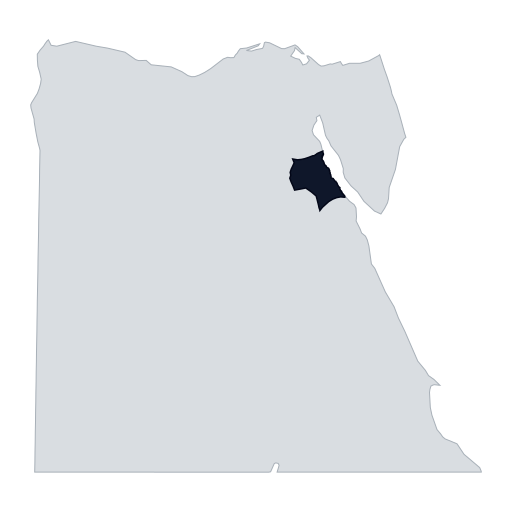 Ras Gharib, Al Bahr al Ahmar, Egypt (highlighted)
{"feature_id": "37247803B82534825994477", "entity_name": "Ras Gharib", "entity_type": "district", "adm_level": 2, "iso_a3": "EGY", "parent_name": "Egypt", "parent_adm1": "Al Bahr al Ahmar", "projection": "natural_earth1", "projection_center": [32.75, 28.506], "detail": "fine", "context": "in_parent", "style": "filled", "palette": "ink", "viewbox_px": 512, "rotation_deg": 0, "n_neighbors": 0, "source": "geoboundaries", "source_scale": "gbopen_adm2", "svg_char_len": 5646}
<svg xmlns="http://www.w3.org/2000/svg" viewBox="0 0 512 512"><path d="M481.3,472.1L469.0,472.1L456.6,472.1L444.3,472.1L432.0,472.1L419.7,472.1L407.4,472.1L395.0,472.1L382.7,472.1L370.4,472.1L358.1,472.1L345.7,472.1L333.4,472.1L321.1,472.1L308.8,472.1L296.5,472.1L284.1,472.1L277.1,472.1L278.3,468.2L279.1,465.3L278.2,463.4L275.8,462.9L274.3,463.5L270.6,471.8L268.7,472.2L264.3,472.2L249.9,472.2L235.6,472.2L221.2,472.2L206.9,472.2L192.5,472.2L178.2,472.2L163.9,472.2L149.5,472.1L135.2,472.1L120.8,472.1L106.5,472.1L92.1,472.1L77.8,472.1L63.4,472.1L49.1,472.1L34.7,472.1L34.9,462.1L35.0,452.0L35.2,442.0L35.3,432.0L35.5,421.9L35.6,411.9L35.8,401.8L35.9,391.8L36.1,381.7L36.2,371.7L36.4,361.7L36.5,351.6L36.7,341.6L36.9,331.5L37.0,321.5L37.2,311.4L37.3,301.4L37.5,291.3L37.7,281.3L37.9,271.2L38.0,261.1L38.2,251.1L38.4,241.0L38.6,231.0L38.7,220.9L38.9,210.9L39.1,200.8L39.3,190.8L39.5,180.7L39.6,170.7L39.8,160.6L40.0,150.5L39.7,148.7L37.8,141.8L36.1,133.2L34.3,122.5L34.1,119.0L31.0,108.0L30.7,104.9L31.6,102.7L37.4,93.4L39.1,88.9L40.6,83.5L41.2,79.2L39.7,72.4L37.9,66.4L37.4,60.2L37.3,54.2L40.2,50.0L43.6,46.1L45.0,43.8L47.0,41.1L48.4,39.8L51.1,45.3L56.8,46.2L75.6,41.4L96.2,46.2L107.5,48.1L125.0,52.2L135.6,59.6L138.5,60.6L146.2,60.4L151.2,64.8L171.2,66.9L181.9,71.7L187.9,75.6L191.6,76.7L194.8,76.6L199.2,75.1L204.7,72.4L210.7,68.6L223.2,59.0L227.6,57.3L230.4,57.7L233.9,57.6L235.4,55.0L237.2,53.2L238.4,51.1L240.3,48.7L246.7,48.0L259.7,43.8L258.2,45.8L246.4,50.5L251.5,51.1L256.6,49.5L262.5,48.4L263.6,46.4L264.4,42.7L265.5,42.1L269.6,42.8L281.6,48.6L284.6,48.7L293.2,45.6L295.0,44.9L297.7,46.7L304.0,53.9L301.8,53.7L295.1,47.6L294.5,50.6L290.7,56.1L295.4,58.4L299.3,59.3L301.4,62.3L302.8,65.0L306.6,63.8L309.4,60.2L307.9,58.1L307.0,56.0L308.2,55.9L310.9,57.7L318.6,64.6L321.1,66.1L324.1,65.8L330.3,63.9L332.1,64.2L340.4,61.6L341.4,63.5L342.8,65.4L349.5,63.3L360.1,63.3L368.7,61.0L378.8,55.5L379.6,54.7L380.1,56.1L381.3,59.8L384.4,69.4L387.1,76.9L390.4,87.2L391.4,91.2L391.9,93.9L396.7,105.3L399.5,114.7L401.6,122.3L404.6,133.4L405.9,137.3L403.8,139.3L399.7,146.6L395.4,169.5L389.2,187.5L388.5,198.7L387.5,202.8L384.6,208.4L380.9,214.0L374.5,211.1L363.9,201.3L357.7,192.0L351.1,186.0L344.9,178.0L343.2,172.3L343.3,168.6L340.5,159.7L338.5,155.4L331.0,145.9L328.8,140.8L327.1,138.5L325.5,135.3L322.7,122.9L319.7,115.1L316.3,117.3L316.9,120.6L313.9,125.1L312.1,130.5L313.5,134.8L319.7,141.4L320.9,144.3L322.4,150.5L322.2,159.0L323.2,161.9L327.8,168.2L329.4,172.0L330.4,175.2L332.0,178.2L336.6,183.7L343.2,194.1L349.5,201.2L354.1,204.6L356.0,208.0L356.5,216.8L356.1,221.0L360.1,229.0L361.6,233.0L365.5,236.2L367.3,240.0L368.9,246.0L371.4,264.0L374.8,268.4L385.3,291.9L394.1,306.8L398.4,318.0L404.9,331.5L417.8,361.2L425.4,370.4L428.5,375.6L434.0,379.5L439.9,385.3L434.3,384.7L432.8,385.1L430.9,386.1L429.9,389.5L429.5,392.4L430.3,407.4L431.9,415.1L437.0,429.6L440.7,434.0L442.6,436.8L445.1,438.9L457.0,443.8L464.0,454.3L479.7,467.6L481.2,471.2L481.3,472.1Z" fill="#d9dde1" stroke="#a8b0b8" stroke-width="1"/><path d="M292.7,159.0L294.2,162.8L292.7,166.1L291.5,168.6L291.3,168.9L290.4,171.7L290.2,172.5L290.8,175.2L289.8,178.2L291.1,181.8L293.2,186.4L294.6,190.1L301.2,188.9L305.8,188.0L311.5,192.0L316.2,196.0L316.7,198.0L316.8,198.3L318.5,205.1L319.0,207.6L319.4,208.8L319.8,209.9L319.8,210.0L319.9,210.5L322.4,207.3L328.7,201.6L332.6,199.2L336.7,197.6L340.6,196.9L345.5,197.3L345.1,197.2L344.8,197.1L344.6,196.8L344.6,196.6L344.7,196.3L344.7,196.1L344.5,195.7L344.1,195.2L343.8,195.0L343.5,194.5L343.2,194.1L343.0,193.9L342.8,193.8L342.6,193.6L342.4,193.2L342.2,192.9L341.7,192.4L341.8,192.1L341.6,191.9L341.6,191.6L341.5,191.3L341.4,191.1L341.1,190.9L340.8,190.8L340.5,190.5L340.4,190.4L340.3,190.2L340.3,189.8L340.0,189.4L339.9,189.0L339.8,188.6L339.8,188.1L339.9,187.9L339.9,187.6L339.6,187.4L339.4,187.2L339.1,187.0L338.9,186.9L338.7,186.7L338.4,186.3L338.3,186.0L338.1,185.8L338.0,185.5L337.8,185.2L337.7,185.0L337.5,184.6L337.4,184.2L337.2,183.7L337.0,183.3L336.8,182.9L336.6,182.5L336.4,182.3L336.2,182.2L335.9,181.9L335.9,181.7L335.8,181.4L335.5,181.4L335.3,181.4L335.1,181.3L334.9,181.1L334.6,180.5L334.4,180.2L334.2,180.0L333.8,179.5L333.5,179.1L333.3,178.7L333.0,178.5L332.8,178.5L332.4,178.4L332.0,178.3L331.8,178.2L331.4,178.0L331.1,177.9L330.9,177.6L330.9,177.4L330.9,177.0L331.0,176.7L331.0,176.4L330.9,176.0L330.8,175.8L330.8,175.5L330.7,175.3L330.7,175.0L330.7,174.7L330.5,174.4L330.4,174.2L330.3,173.9L330.1,173.7L330.0,173.3L330.1,173.1L330.2,172.9L330.0,172.4L329.9,172.1L329.8,171.8L329.6,171.4L329.6,171.2L329.7,170.6L329.5,170.4L329.3,170.2L329.3,169.9L329.2,169.6L329.0,169.0L328.8,168.7L328.6,168.3L328.3,168.1L327.8,167.8L327.0,167.6L326.8,167.5L326.7,167.3L326.5,167.2L326.4,166.7L326.2,166.2L326.0,165.9L325.7,165.6L325.5,165.4L325.1,165.3L324.9,165.1L324.7,164.9L324.5,164.7L324.4,164.3L324.3,164.0L324.2,163.6L324.1,163.3L324.0,162.9L323.9,162.4L323.6,161.8L323.5,161.4L323.0,160.7L322.9,160.6L322.7,160.4L322.2,159.9L322.0,159.6L322.0,159.3L321.9,158.9L322.0,158.6L322.0,158.4L322.0,158.1L322.1,157.9L322.1,157.7L322.2,157.4L322.3,157.3L322.3,157.0L322.2,156.8L322.0,156.4L322.0,156.1L322.1,155.9L322.3,155.8L322.5,155.7L322.6,155.4L322.7,155.5L322.7,155.8L322.8,155.9L322.9,155.7L322.9,155.4L323.0,155.2L323.3,154.9L323.4,154.7L323.4,154.4L323.4,154.1L323.4,153.8L323.3,153.4L323.2,153.3L323.1,153.1L323.0,152.6L322.9,152.4L322.9,152.2L322.9,151.8L322.8,151.4L322.8,151.1L317.6,153.3L316.9,153.7L316.4,154.3L315.5,154.7L315.3,154.9L315.0,155.2L314.4,155.5L314.1,155.7L312.7,155.8L310.9,156.5L308.9,157.3L304.7,158.7L301.5,159.4L297.5,159.8L292.7,159.0Z" fill="#0f172a" stroke="#020617" stroke-width="1.5"/></svg>